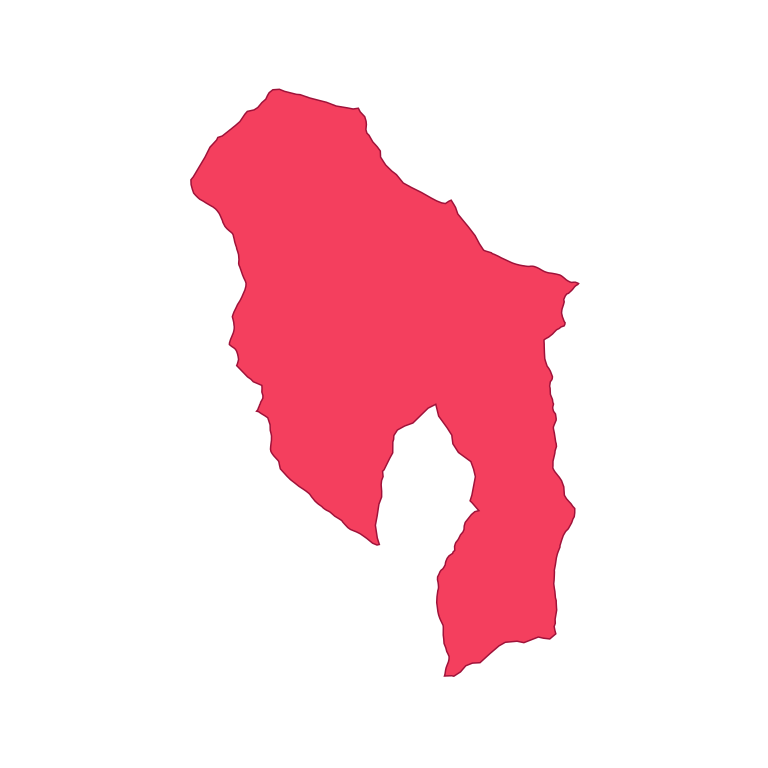 outline of Shapa, Paro, Bhutan, rotated 295°
{"feature_id": "84629894B81058268948150", "entity_name": "Shapa", "entity_type": "district", "adm_level": 2, "iso_a3": "BTN", "parent_name": "Bhutan", "parent_adm1": "Paro", "projection": "natural_earth1", "projection_center": [89.46, 27.36], "detail": "fine", "context": "isolated", "style": "filled", "palette": "rose", "viewbox_px": 768, "rotation_deg": 295, "n_neighbors": 0, "source": "geoboundaries", "source_scale": "gbopen_adm2", "svg_char_len": 6159}
<svg xmlns="http://www.w3.org/2000/svg" viewBox="0 0 768 768"><g transform="rotate(295 384 384)"><path d="M579.0,367.2L577.0,365.5L573.5,363.4L572.5,359.7L572.2,354.2L572.5,348.3L573.4,337.1L573.7,325.8L574.3,316.5L579.0,306.8L580.3,301.0L583.1,293.1L585.0,290.0L588.2,285.0L593.6,282.2L596.1,277.7L598.7,271.5L603.1,265.3L604.1,262.5L606.9,260.1L611.7,258.4L614.6,256.7L618.1,253.6L620.6,247.4L623.1,244.2L620.2,239.8L618.9,234.6L615.7,223.1L615.0,212.8L613.7,205.9L611.8,195.6L610.8,185.7L609.5,182.2L607.2,170.2L606.9,164.7L603.7,158.9L599.5,156.8L596.3,156.5L592.2,156.5L587.4,154.4L581.3,152.8L577.5,150.4L573.3,144.9L569.8,143.9L560.9,142.5L555.5,140.1L545.2,135.0L540.4,132.6L537.2,129.2L534.4,129.2L525.1,126.2L513.9,125.9L501.1,124.6L491.1,123.6L487.5,122.7L483.2,124.9L479.5,128.0L476.6,130.8L475.3,133.7L474.3,136.5L473.6,138.9L473.3,143.2L472.9,145.9L472.4,151.4L472.2,154.2L471.5,157.3L470.6,159.5L468.9,162.6L467.6,164.2L465.3,166.8L464.0,168.3L462.4,169.7L459.6,173.3L458.4,176.0L457.6,178.6L456.9,181.3L456.4,182.9L455.5,184.2L453.8,185.5L452.0,187.0L450.3,188.2L449.1,189.2L447.1,191.0L445.5,192.6L444.4,193.3L442.0,195.6L439.8,197.5L435.4,200.0L431.9,201.3L430.5,202.3L429.1,203.9L426.0,206.9L423.2,209.6L420.9,212.1L418.7,214.8L417.0,216.4L414.3,217.5L410.5,218.2L406.0,218.3L402.9,218.4L398.9,218.3L394.2,217.7L390.5,217.7L385.8,217.6L383.3,217.8L380.9,218.1L378.5,220.1L376.3,221.8L374.1,223.1L372.6,224.1L370.7,224.9L368.9,225.4L366.8,225.8L362.6,226.0L359.6,226.1L355.9,226.6L354.4,227.2L353.9,229.1L353.6,230.5L353.3,232.6L352.7,234.7L351.4,236.6L349.2,238.7L347.1,240.3L344.8,241.8L342.9,242.2L340.3,242.6L338.4,242.7L335.3,250.8L332.8,257.3L332.1,261.3L330.8,264.6L331.0,270.0L331.1,273.9L328.7,275.2L325.1,276.7L322.3,279.2L319.9,280.2L317.4,280.1L315.3,279.9L314.0,280.2L312.5,280.1L311.2,280.3L309.2,280.3L307.3,280.5L305.5,280.0L305.9,282.0L305.5,284.1L305.3,285.4L304.9,289.2L304.3,292.9L300.8,296.2L298.9,298.0L293.9,300.5L291.2,302.7L289.4,304.0L285.4,305.8L282.2,306.8L279.5,307.7L276.9,308.7L275.0,310.1L273.8,311.8L272.4,314.3L271.4,316.7L270.7,318.4L269.8,320.6L268.9,321.7L266.4,323.5L264.6,324.9L263.3,325.9L259.5,334.9L257.8,339.6L256.3,346.1L255.3,350.2L254.5,355.7L254.0,358.6L253.2,362.0L252.7,363.4L251.1,366.1L250.1,368.2L248.7,371.0L247.8,373.9L247.4,375.4L246.7,379.4L246.0,381.2L245.6,383.0L245.3,385.3L245.3,387.4L245.1,389.4L244.5,391.5L243.4,395.2L242.9,399.8L242.6,402.0L242.3,403.6L241.4,405.1L240.2,407.9L238.6,411.9L238.0,415.0L238.2,419.4L238.3,421.0L238.3,423.3L238.2,425.9L236.8,433.6L234.9,440.9L235.1,445.7L236.6,447.6L241.6,443.0L252.3,435.9L261.7,433.5L272.9,430.2L280.6,429.6L285.8,427.2L291.5,424.0L295.5,422.6L299.7,422.3L304.3,419.6L306.2,420.3L319.5,420.6L325.3,421.0L335.2,416.5L338.0,416.1L341.4,414.7L348.0,415.6L354.7,420.5L360.9,426.7L380.8,434.2L387.5,439.5L378.0,447.1L371.0,459.7L366.2,467.2L364.9,467.9L358.9,471.7L353.4,480.4L350.4,495.5L344.8,501.1L338.6,506.0L320.5,510.6L314.5,511.4L313.5,514.2L309.3,523.5L306.7,520.3L302.6,518.4L292.9,516.1L289.2,516.7L286.0,518.0L283.3,518.1L279.6,517.1L275.5,517.0L274.2,516.9L272.4,516.5L270.7,516.1L269.0,516.2L266.6,516.6L264.5,517.7L263.1,518.4L260.9,517.6L259.5,517.8L257.9,516.8L255.6,515.5L252.7,514.9L249.7,515.0L248.3,515.2L245.9,515.9L243.1,515.7L241.3,515.4L239.3,514.4L237.6,514.1L234.8,514.2L231.8,514.1L229.2,515.2L227.1,516.8L225.4,517.9L222.9,519.3L221.1,519.9L219.5,520.1L213.7,521.9L208.3,524.1L200.4,529.1L197.8,531.1L195.5,533.3L193.8,535.2L190.3,539.5L189.1,540.3L187.2,541.2L181.5,543.8L178.0,546.0L174.2,548.1L170.9,551.6L168.1,553.9L166.7,555.7L164.5,558.2L162.1,559.2L159.5,559.8L156.1,560.0L153.3,560.2L150.9,560.7L146.8,561.9L144.9,562.2L148.2,568.6L148.7,570.8L155.4,575.0L163.2,577.2L168.4,582.1L172.0,588.8L184.3,593.9L195.3,598.9L201.2,603.1L207.1,613.3L208.7,620.1L219.9,630.8L221.0,635.9L223.0,642.0L230.2,645.3L232.8,643.1L236.1,640.7L239.5,640.4L243.1,638.5L249.7,636.7L252.2,636.0L254.1,634.9L259.0,632.3L260.5,631.6L262.7,629.7L268.1,626.6L271.0,624.6L274.8,622.2L278.0,621.1L282.4,619.3L285.7,617.9L287.1,617.1L293.0,615.6L299.3,613.7L303.5,612.9L305.8,612.7L310.6,612.4L311.8,611.8L317.6,611.0L322.5,610.5L327.0,610.9L330.6,612.2L337.5,612.7L341.5,612.3L344.1,612.5L347.9,611.3L351.8,609.5L352.9,606.8L354.6,603.9L355.3,602.1L357.1,597.9L359.4,594.5L364.6,591.6L366.8,590.4L371.4,585.8L373.6,582.2L374.6,580.1L376.6,576.1L377.6,574.5L379.2,572.5L381.5,571.6L383.0,570.9L385.4,569.8L389.2,569.0L392.1,568.4L393.8,568.0L395.7,567.3L400.3,566.7L402.8,565.2L404.0,564.1L411.4,559.2L415.0,556.5L416.5,555.7L418.7,555.5L424.0,555.3L425.5,554.6L429.3,552.1L430.9,549.2L433.4,547.1L434.7,546.6L437.5,546.1L438.7,544.8L441.2,543.2L444.9,539.2L450.4,536.3L452.1,535.0L456.3,533.8L458.8,534.3L460.0,534.2L461.8,533.6L462.9,532.5L465.9,529.4L467.7,526.9L469.2,524.2L472.6,521.0L474.9,519.0L480.3,516.1L486.2,513.1L487.7,512.4L491.4,510.4L493.0,511.1L496.1,513.4L497.7,514.2L500.5,515.6L503.0,516.4L506.1,517.5L508.2,519.2L510.6,520.4L512.8,522.7L514.5,522.7L516.1,522.2L516.7,521.0L520.3,517.3L523.4,514.9L526.0,514.0L527.7,513.6L529.5,513.4L532.0,513.1L534.6,512.6L536.5,511.2L539.0,511.1L540.7,511.1L543.0,511.7L544.2,512.9L548.4,514.6L549.7,515.0L552.4,515.6L553.8,516.1L555.0,516.8L556.0,517.6L557.3,517.9L557.3,516.3L557.1,514.3L556.3,512.7L555.3,511.0L555.1,509.6L555.1,508.2L555.2,506.8L555.4,505.2L555.9,503.6L556.3,502.1L556.7,500.5L557.0,498.9L557.1,497.3L556.8,495.7L556.5,494.1L556.1,492.5L555.7,490.9L555.3,489.4L554.8,487.8L554.3,486.3L554.0,484.7L553.8,483.1L553.7,481.4L553.8,479.8L553.9,478.2L554.1,476.6L554.2,475.0L554.2,473.3L554.1,471.7L553.9,470.1L553.4,468.5L552.7,467.1L551.8,465.7L551.2,464.2L550.7,462.7L550.3,461.2L549.8,459.6L549.4,458.0L549.0,456.4L548.7,454.8L548.4,453.3L548.2,451.6L548.0,450.0L547.9,448.4L547.9,446.8L547.9,445.1L547.9,443.5L547.9,441.9L547.9,440.2L547.9,438.6L547.9,437.0L548.0,435.4L548.1,433.7L548.1,432.1L548.1,430.5L548.1,428.8L547.9,427.2L548.3,425.8L548.1,424.4L547.4,419.6L547.4,417.7L551.4,411.2L557.0,403.8L562.0,394.2L565.9,386.0L569.3,379.0L572.1,376.3L574.2,374.3L576.1,371.6L579.0,367.2Z" fill="#f43f5e" stroke="#9f1239" stroke-width="1.5"/></g></svg>